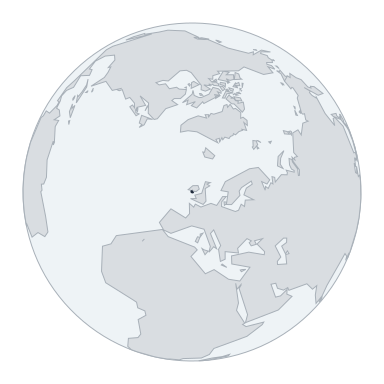 globe centered on Waterford, rotated 43°
{"feature_id": "IRL-1444", "entity_name": "Waterford", "entity_type": "County", "adm_level": 1, "iso_a3": "IRL", "parent_name": "Ireland", "parent_adm1": "", "projection": "orthographic", "projection_center": [-7.576, 52.152], "detail": "fine", "context": "on_globe", "style": "filled", "palette": "slate", "viewbox_px": 384, "rotation_deg": 43, "n_neighbors": 0, "source": "natural_earth", "source_scale": "10m", "svg_char_len": 10538}
<svg xmlns="http://www.w3.org/2000/svg" viewBox="0 0 384 384"><g transform="rotate(43 192 192)"><circle cx="192" cy="192" r="169" fill="#eef3f6" stroke="#a8b0b8"/><path d="M50.7,284.6L47.2,279.0L40.0,265.7L30.8,240.4L31.3,237.6L30.1,232.1L34.0,231.5L34.3,220.8L33.3,216.7L31.4,217.0L29.2,201.2L30.1,190.9L32.4,146.4L34.7,139.4L37.9,133.8L54.8,103.8L40.0,126.0L43.5,118.1L49.3,108.3L49.8,109.0L58.7,97.7L64.0,90.1L77.0,79.0L91.7,74.2L87.8,77.7L91.8,76.4L97.0,72.1L99.4,69.7L120.3,62.1L138.7,52.0L141.3,47.6L143.2,49.9L146.0,40.9L153.9,36.1L146.9,42.4L147.7,43.9L154.0,40.9L156.2,41.8L160.5,41.0L162.6,42.4L158.3,46.4L159.6,47.5L164.0,45.3L168.8,45.7L162.1,48.6L169.9,49.6L164.2,57.2L144.7,65.1L143.4,71.6L128.3,86.2L131.5,86.5L127.9,92.7L130.3,95.4L126.8,97.7L131.7,98.0L134.5,95.4L137.5,94.8L139.2,96.2L135.1,99.2L133.6,98.9L133.3,100.6L130.5,101.5L132.8,101.9L127.6,105.6L135.2,104.2L133.0,109.1L128.9,111.0L126.2,107.7L110.0,105.2L105.0,106.7L100.6,111.6L98.9,127.0L94.6,130.2L91.1,136.6L94.9,136.1L98.9,130.9L105.0,131.9L109.3,125.9L112.4,125.5L118.0,120.9L120.4,124.9L119.8,131.6L115.3,135.8L114.9,138.9L121.9,137.9L116.0,148.9L116.7,162.1L114.8,164.8L106.3,164.3L99.5,156.5L88.5,157.1L99.0,160.3L94.1,167.5L94.7,170.4L96.9,172.2L100.1,171.0L99.1,174.4L88.4,172.1L89.1,169.0L92.5,169.6L89.2,166.2L82.0,165.3L80.1,169.3L71.2,164.7L69.7,167.6L66.9,168.5L69.9,164.0L64.4,172.1L53.6,169.8L46.0,183.5L49.8,168.0L49.0,161.8L47.3,155.9L45.9,158.0L45.6,148.1L42.0,144.7L35.8,151.8L32.1,162.2L33.1,172.0L35.5,170.7L37.5,176.6L31.3,182.9L34.0,196.2L31.0,203.2L31.1,210.7L33.6,215.3L35.8,223.1L39.0,222.5L43.5,226.4L41.9,233.2L45.7,230.6L47.3,237.4L57.2,249.2L56.0,249.8L64.1,267.3L75.5,280.5L78.1,287.3L76.5,289.0L81.1,293.0L81.2,294.9L101.6,309.7L113.9,319.5L114.8,325.0L107.0,326.7L105.8,334.1L93.3,328.2L94.1,329.7L93.4,329.2L83.6,321.6L74.4,313.3L65.8,304.3L57.9,294.7L50.7,284.6ZM43.4,187.1L46.6,205.8L42.5,199.3L43.7,199.6L43.3,193.9L41.9,185.6L39.0,180.3L43.4,187.1ZM49.8,185.9L49.0,183.3L50.1,185.4L49.8,185.9ZM100.2,68.5L96.9,72.0L91.3,75.7L93.9,72.6L100.2,68.5ZM111.0,62.4L110.1,64.1L105.7,64.8L107.6,63.6L111.0,62.4ZM142.6,44.4L139.5,46.2L141.8,44.2L142.6,44.4ZM160.8,40.6L161.0,39.9L163.1,39.8L160.8,40.6ZM116.3,119.0L117.1,119.9L115.6,120.3L116.3,119.0ZM117.9,116.2L115.6,115.9L116.0,114.6L117.5,114.7L117.9,116.2ZM168.2,42.0L171.6,42.3L167.4,42.7L168.2,42.0ZM120.7,116.8L117.1,112.2L117.9,109.9L124.0,108.6L120.7,116.8ZM173.1,42.9L181.4,43.8L182.6,42.1L184.0,47.8L176.5,44.9L171.1,45.6L173.8,44.2L173.1,42.9ZM134.6,94.0L131.8,96.7L132.6,93.1L134.6,94.0ZM134.4,91.9L132.5,82.3L137.5,79.1L137.1,82.9L142.4,78.0L145.8,81.1L143.6,84.5L139.7,85.9L144.0,86.1L134.4,91.9ZM183.5,50.9L184.8,51.8L182.6,51.6L183.5,50.9ZM138.8,94.2L138.0,92.5L142.3,89.6L144.7,92.6L142.6,92.5L138.8,94.2ZM142.1,75.2L145.7,73.8L149.5,75.9L151.4,75.6L146.3,80.9L142.1,75.2ZM142.5,93.9L145.9,94.2L145.4,97.0L139.9,95.8L142.5,93.9ZM142.4,87.6L144.5,86.4L144.1,88.1L142.4,87.6ZM145.5,107.3L144.4,105.0L146.6,103.3L145.5,107.3ZM147.2,94.2L147.3,93.2L148.1,92.4L150.2,93.1L147.2,94.2ZM149.3,82.1L150.1,83.4L151.5,80.0L154.4,81.7L150.5,85.0L153.4,84.2L154.2,84.7L150.1,86.9L149.3,82.1ZM154.5,91.4L150.5,96.4L152.0,100.9L150.1,102.5L148.0,95.1L154.5,91.4ZM152.2,88.5L153.2,90.6L150.4,91.5L148.0,90.6L152.2,88.5ZM157.7,81.6L154.4,78.3L155.3,77.7L157.7,81.6ZM155.5,92.4L156.4,91.2L155.9,92.7L155.5,92.4ZM157.7,84.7L156.3,83.6L157.5,82.9L157.7,84.7ZM159.4,89.8L158.1,91.4L156.4,90.8L159.4,89.8ZM159.0,87.3L160.9,86.7L156.6,89.6L158.3,86.9L159.0,87.3ZM159.0,84.3L159.2,83.5L159.3,84.9L159.0,84.3ZM166.4,91.4L161.4,95.2L157.7,93.7L163.1,90.2L166.4,91.4ZM324.3,87.0L330.4,95.2L331.9,97.2L333.0,99.1L337.9,107.0L338.3,107.5L348.6,128.5L348.7,128.9L350.7,133.9L348.3,129.3L351.0,137.2L349.0,133.5L345.9,132.7L348.7,144.2L354.4,168.3L358.0,179.2L358.7,188.9L352.5,183.3L347.1,175.4L346.4,180.9L338.6,180.8L329.9,197.8L327.2,196.6L325.9,201.3L320.2,204.1L315.5,201.6L312.7,205.6L324.8,211.9L327.6,207.6L328.0,198.4L331.0,202.0L336.3,200.1L335.6,219.4L320.2,251.1L316.3,243.8L292.2,230.4L291.5,226.9L291.3,226.6L290.9,226.1L291.2,232.4L286.2,229.0L301.7,241.5L305.3,248.2L320.1,252.0L319.3,254.4L323.3,253.6L333.2,238.2L333.8,241.1L330.6,260.1L314.7,291.5L315.5,299.0L312.0,307.1L299.1,319.9L297.2,323.4L290.1,328.9L287.7,331.1L280.3,336.0L276.7,338.2L260.6,346.4L253.2,349.5L254.6,348.7L250.3,348.7L245.3,342.4L251.8,335.3L251.4,330.8L239.6,322.0L242.4,313.6L238.6,311.1L231.3,313.7L226.6,310.4L221.9,311.2L190.8,317.2L179.9,311.7L163.5,292.7L168.1,285.2L166.4,275.5L195.9,239.6L205.0,240.9L231.5,230.5L235.3,230.8L235.2,239.9L257.5,242.7L261.1,233.7L278.2,230.9L287.7,224.5L285.7,207.5L270.2,217.5L264.5,211.8L274.5,197.3L287.6,188.6L285.8,186.1L275.0,185.7L275.4,178.0L271.0,185.0L274.7,186.4L272.0,191.0L268.4,190.1L268.7,187.3L264.0,188.6L263.8,202.1L267.6,204.9L256.9,213.0L262.1,218.6L260.1,223.4L250.5,215.8L249.5,211.6L233.7,204.9L233.8,209.8L248.7,216.7L245.2,217.2L245.5,224.5L242.5,219.3L226.2,211.0L214.9,217.0L204.8,236.6L197.2,239.1L188.9,236.5L188.1,218.7L205.1,215.3L205.0,209.5L197.8,202.1L203.6,201.9L202.7,198.6L208.8,196.9L213.6,187.4L219.2,185.0L217.5,174.5L220.1,172.0L220.4,178.8L223.5,182.5L237.0,176.7L238.5,173.6L236.3,167.4L240.3,166.8L236.5,161.6L242.4,155.6L231.9,158.7L229.1,152.1L230.7,145.1L227.9,143.6L225.2,155.0L225.9,159.2L229.4,161.8L229.5,174.2L225.7,177.7L218.4,167.2L212.2,171.2L209.3,161.7L218.2,135.8L223.8,128.8L240.6,130.1L241.4,135.0L235.8,136.9L244.3,140.8L242.0,137.8L245.3,137.4L243.4,131.4L245.7,130.9L240.0,126.2L242.5,124.9L246.1,127.9L245.5,118.4L249.8,114.6L248.5,112.7L246.0,111.8L253.2,107.8L252.0,106.6L249.1,107.4L244.9,105.7L240.1,101.3L242.9,100.1L245.0,101.5L253.5,103.1L258.6,107.4L259.2,106.5L255.4,102.5L245.0,100.6L241.4,98.3L246.3,98.4L244.2,98.2L243.3,96.7L244.9,94.2L239.5,93.8L225.4,80.1L227.1,74.3L233.0,75.8L226.1,66.1L228.6,61.0L226.0,61.7L220.9,58.0L220.0,59.5L218.4,59.6L204.9,51.5L203.8,49.0L195.0,47.0L193.7,47.4L194.0,49.1L184.0,47.8L182.6,42.1L185.7,41.4L182.7,38.6L190.2,37.4L195.1,35.4L205.1,36.2L208.1,34.8L206.5,33.9L209.4,31.7L220.6,30.6L218.3,35.2L202.8,39.1L209.7,37.6L210.1,39.2L213.9,39.5L218.6,38.6L217.9,37.7L235.8,43.8L251.1,46.1L245.2,42.1L245.4,40.0L257.6,40.8L283.7,53.0L284.2,51.7L286.9,53.0L292.2,56.9L288.5,55.1L290.3,57.4L287.4,56.0L294.7,62.1L290.9,60.3L298.4,66.3L299.8,66.0L294.8,61.0L303.1,67.2L303.0,65.4L307.3,68.6L319.7,81.4L324.3,87.0ZM189.2,258.8L189.2,262.0L189.2,258.8ZM304.0,186.7L310.3,180.0L303.2,173.8L305.0,170.9L301.9,170.0L302.6,173.5L294.5,170.4L295.6,164.4L292.7,161.1L290.4,163.3L289.6,174.7L301.3,179.0L301.7,184.5L304.0,186.7ZM57.5,249.5L58.5,252.2L56.8,250.4L57.5,249.5ZM40.8,201.1L42.0,204.0L42.3,206.4L41.1,204.7L40.8,201.1ZM53.9,223.2L55.9,226.7L53.3,224.3L53.9,223.2ZM47.3,208.5L52.3,220.7L47.5,216.8L44.5,209.1L47.2,212.7L47.3,208.5ZM46.9,188.7L47.4,190.9L46.4,191.7L46.9,188.7ZM50.5,187.5L50.2,187.0L50.4,185.1L50.5,187.5ZM94.7,167.6L95.6,167.9L97.3,170.3L95.5,170.3L94.7,167.6ZM111.2,175.5L109.3,180.8L109.4,176.8L106.4,177.5L102.9,170.3L113.7,165.8L109.4,169.0L111.2,175.5ZM101.3,159.9L102.3,164.7L100.7,159.6L101.3,159.9ZM192.0,183.2L195.3,184.9L194.7,189.0L187.6,192.9L188.3,186.8L192.0,183.2ZM200.0,186.3L194.8,175.3L199.0,172.7L197.5,176.0L200.8,175.4L199.3,180.5L208.5,189.2L208.6,193.5L195.4,197.8L199.6,193.9L196.2,192.4L200.0,186.3ZM174.1,154.4L171.9,150.3L183.9,149.9L184.5,153.8L177.5,157.7L172.6,155.4L174.1,154.4ZM132.1,115.7L130.4,114.8L131.6,113.8L133.9,113.9L132.1,115.7ZM144.8,106.4L140.3,119.2L138.3,118.7L138.1,127.3L132.6,129.3L132.8,123.6L128.5,131.8L126.5,127.5L124.1,133.2L125.4,120.3L123.4,117.0L127.7,119.9L132.8,118.1L134.5,116.3L137.7,108.9L136.0,101.2L140.9,98.5L144.7,98.6L145.9,100.0L142.4,101.3L146.4,102.3L142.2,105.3L144.8,106.4ZM187.1,105.6L182.6,105.8L189.9,109.7L185.8,112.1L186.9,112.4L185.1,115.8L184.8,120.5L182.5,121.1L183.4,122.7L182.2,125.1L182.6,127.6L178.6,129.5L178.9,132.8L176.8,131.9L178.3,137.0L175.4,134.1L173.6,137.2L177.4,138.4L154.6,144.6L147.3,149.9L142.7,156.1L138.4,150.7L139.8,141.7L144.6,132.1L152.2,128.0L148.9,126.5L151.5,124.1L153.1,126.3L152.3,121.6L154.9,120.2L159.2,112.6L156.4,107.0L157.9,104.2L160.3,105.8L160.1,101.9L165.6,103.1L166.8,101.2L173.4,100.5L177.3,104.9L178.3,102.5L183.4,102.1L187.1,105.6ZM168.3,91.3L173.9,95.6L174.4,99.2L162.7,98.9L160.9,100.4L153.4,100.7L152.9,95.6L155.1,96.0L157.0,95.2L156.4,97.1L158.4,95.0L161.5,95.5L163.9,94.0L165.1,95.8L168.3,91.3ZM237.8,226.5L240.4,226.0L244.1,224.2L244.3,229.0L237.8,226.5ZM226.6,221.0L228.7,219.8L230.8,225.3L228.1,225.9L226.6,221.0ZM228.1,214.6L228.7,219.3L226.7,217.2L228.1,214.6ZM222.1,177.4L224.1,175.9L225.1,177.1L224.8,179.7L222.1,177.4ZM208.1,118.7L205.4,118.0L205.6,116.9L201.4,112.8L204.1,110.9L207.8,112.6L208.1,118.7ZM284.1,211.9L282.5,216.6L280.5,216.2L281.5,214.6L284.1,211.9ZM263.2,224.1L268.9,223.4L263.2,225.4L263.2,224.1ZM210.4,115.9L208.4,114.4L211.0,114.4L210.4,115.9ZM205.9,109.2L208.7,108.8L204.0,110.2L205.9,109.2ZM314.6,308.3L312.0,310.9L313.4,309.0L319.9,299.8L326.4,291.7L330.2,285.1L330.3,287.3L318.4,304.1L314.6,308.3ZM358.4,179.5L359.9,182.1L359.9,186.0L358.4,179.5ZM335.4,102.6L335.0,102.0L332.7,98.4L335.4,102.6ZM231.0,99.1L233.8,106.8L237.6,111.5L242.6,112.7L236.7,114.6L230.8,107.3L231.0,99.1ZM225.8,82.5L221.4,81.8L222.5,80.2L223.6,80.1L225.8,82.5ZM223.8,83.4L220.0,86.4L217.0,84.8L220.5,82.8L223.8,83.4ZM215.4,100.8L216.1,103.1L213.9,103.0L215.4,100.8ZM282.3,49.2L281.0,48.7L277.7,46.5L279.5,47.5L282.3,49.2ZM265.6,40.0L276.4,45.8L284.8,51.2L283.7,50.3L288.4,53.3L288.3,53.6L280.1,48.4L274.3,44.8L270.4,43.0L264.3,40.0L261.0,39.1L257.4,37.7L258.6,37.4L265.6,40.0ZM259.9,39.0L252.0,37.5L247.0,34.6L247.6,34.3L253.3,36.1L255.6,37.5L259.9,39.0ZM248.6,36.3L250.7,37.8L243.6,40.4L240.9,40.3L243.7,36.3L245.8,37.5L248.4,37.5L248.6,36.3ZM186.0,51.0L184.9,51.7L184.7,50.7L186.0,51.0ZM218.0,60.5L215.7,60.4L215.5,59.0L218.0,60.5ZM209.3,59.5L211.2,61.2L208.1,59.9L209.3,59.5ZM215.5,64.9L211.3,62.1L216.9,64.1L215.5,64.9Z" fill="#d9dde1" stroke="#a8b0b8" stroke-width="1"/><path d="M193.1,191.7L193.1,191.8L193.0,192.0L192.9,192.0L192.9,191.9L192.8,192.0L192.7,192.0L192.3,192.1L192.1,192.1L191.9,192.2L191.9,192.3L191.9,192.2L192.0,192.2L192.0,192.3L192.0,192.5L191.9,192.5L191.7,192.6L191.4,192.5L191.4,192.4L191.2,192.3L191.2,192.2L191.0,191.9L191.3,191.8L191.2,191.8L191.3,191.8L191.3,191.7L191.4,191.8L191.6,191.8L191.7,191.7L191.6,191.4L192.0,191.4L192.4,191.5L192.5,191.5L192.8,191.6L192.8,191.8L193.0,191.8L193.0,191.7L193.1,191.7Z" fill="#64748b" stroke="#1e293b" stroke-width="1.5"/></g></svg>